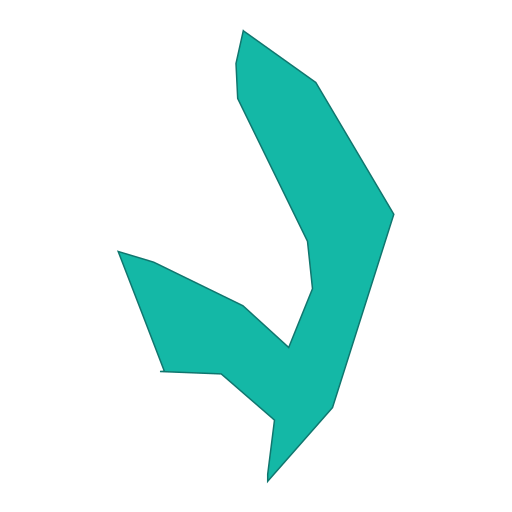 the Municipality of Tivat
{"feature_id": "MNE-1518", "entity_name": "Tivat", "entity_type": "Municipality", "adm_level": 1, "iso_a3": "MNE", "parent_name": "Montenegro", "parent_adm1": "", "projection": "robinson", "projection_center": [18.687, 42.417], "detail": "fine", "context": "isolated", "style": "filled", "palette": "teal", "viewbox_px": 512, "rotation_deg": 0, "n_neighbors": 0, "source": "natural_earth", "source_scale": "10m", "svg_char_len": 391}
<svg xmlns="http://www.w3.org/2000/svg" viewBox="0 0 512 512"><path d="M267.7,481.3L267.7,474.2L274.5,420.1L221.2,373.9L160.0,371.5L164.4,371.3L143.3,316.4L118.2,251.5L153.7,262.2L243.0,305.8L288.7,347.5L312.5,288.7L307.5,241.3L237.7,98.5L236.0,63.5L243.3,30.7L243.6,31.0L315.8,82.5L393.8,214.3L332.5,407.6L268.2,480.7L267.7,481.3Z" fill="#14b8a6" stroke="#0f766e" stroke-width="1.5"/></svg>